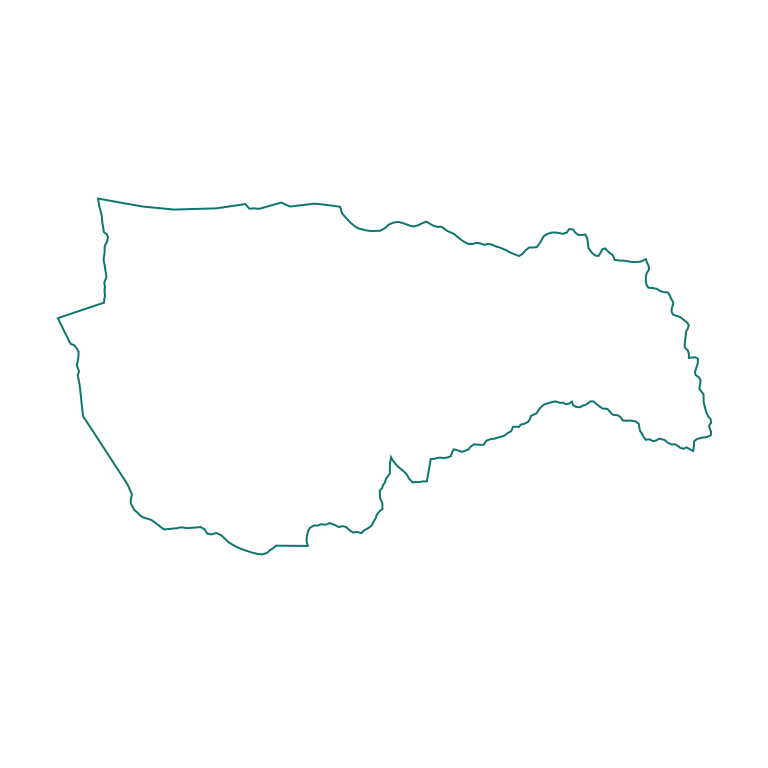 Ibitiara, Bahia, Brazil (orthographic projection), rotated 183°
{"feature_id": "56859067B85729192987981", "entity_name": "Ibitiara", "entity_type": "district", "adm_level": 2, "iso_a3": "BRA", "parent_name": "Brazil", "parent_adm1": "Bahia", "projection": "orthographic", "projection_center": [-42.366, -12.553], "detail": "fine", "context": "isolated", "style": "outline", "palette": "teal", "viewbox_px": 768, "rotation_deg": 183, "n_neighbors": 0, "source": "geoboundaries", "source_scale": "gbopen_adm2", "svg_char_len": 4947}
<svg xmlns="http://www.w3.org/2000/svg" viewBox="0 0 768 768"><g transform="rotate(183 384 384)"><path d="M669.6,489.6L668.9,486.6L667.7,480.9L666.8,476.3L668.7,470.4L667.7,466.3L668.0,463.3L667.7,460.3L667.2,457.5L667.8,454.3L667.8,450.5L671.7,449.1L713.1,432.7L707.2,422.0L705.8,419.4L702.3,413.4L700.4,409.7L698.6,407.5L695.5,406.6L692.6,403.4L690.7,400.1L690.6,396.0L690.8,392.5L691.7,386.7L690.5,383.7L689.2,380.4L690.4,376.8L689.1,372.0L687.9,367.0L687.1,362.3L682.9,336.2L677.8,329.3L672.6,322.2L635.0,270.5L629.9,260.5L630.9,254.8L630.5,251.2L628.5,248.0L626.8,245.1L623.5,242.7L620.4,239.8L617.6,238.2L613.3,237.1L609.1,236.0L605.7,233.8L602.6,231.7L599.3,229.3L596.2,227.3L590.7,228.0L586.5,228.7L583.0,229.1L580.2,230.1L577.4,230.2L573.0,229.7L568.5,230.4L564.2,230.8L559.7,231.6L555.5,229.4L552.6,225.3L548.1,224.8L543.8,226.4L539.0,224.6L535.8,222.1L530.9,217.8L525.5,214.9L520.1,212.5L514.6,210.8L510.5,209.7L506.8,208.7L500.8,207.6L496.8,207.5L492.0,209.1L488.8,212.4L486.3,214.0L483.3,216.9L451.7,218.3L453.1,223.2L453.0,228.3L452.0,233.4L450.5,236.4L446.7,239.0L443.0,239.2L439.6,240.6L435.0,240.4L430.8,242.3L425.4,240.5L421.5,238.7L418.1,239.9L414.4,239.2L412.0,237.2L409.5,235.3L406.9,234.1L403.5,234.8L398.6,234.0L396.1,236.9L392.6,239.0L389.2,241.6L387.3,245.8L385.2,249.7L384.3,253.2L381.9,256.5L379.0,259.3L379.4,264.5L380.6,267.4L382.0,270.0L382.3,273.5L382.6,277.3L380.5,279.8L379.7,283.0L378.1,285.4L376.9,289.7L374.8,292.8L373.4,295.5L373.8,299.8L373.8,305.6L373.1,311.2L371.5,308.5L369.4,306.0L366.1,302.5L362.0,299.5L358.5,296.8L356.0,294.2L354.1,290.9L350.2,287.2L347.4,287.8L344.0,287.8L339.9,288.8L336.1,288.9L333.4,311.5L330.1,311.7L327.4,312.8L323.9,313.5L321.0,313.1L317.3,313.8L313.6,315.3L312.4,319.1L310.9,322.4L307.8,321.8L302.6,320.4L298.9,321.8L296.1,323.2L294.0,326.2L290.9,328.5L285.8,328.3L281.4,328.5L278.7,332.8L274.6,334.5L271.3,335.1L267.9,336.3L264.2,337.5L260.8,338.9L257.9,341.5L254.5,343.5L253.0,348.0L250.0,348.3L247.1,348.1L245.3,350.6L241.6,351.7L238.2,353.7L236.6,356.1L235.5,359.9L230.2,362.6L227.8,366.9L225.4,369.7L223.2,371.8L220.1,373.0L216.4,374.4L211.5,375.6L207.8,374.5L204.2,374.7L201.4,373.3L198.5,373.9L195.4,376.2L194.2,373.0L190.8,371.1L187.3,371.1L184.5,372.7L180.8,374.2L176.8,377.5L173.6,377.5L170.9,375.2L167.9,373.1L164.4,370.9L159.6,370.9L156.6,367.7L153.8,365.2L148.8,365.0L146.0,363.2L143.6,360.1L139.5,360.0L136.0,360.4L131.2,359.9L127.5,357.6L126.7,353.6L125.7,350.2L123.6,347.7L122.3,345.2L119.7,342.0L116.0,342.7L112.7,341.1L109.8,341.6L106.3,343.8L100.9,342.8L98.0,340.5L93.7,338.7L90.3,339.1L87.4,337.6L84.8,335.8L81.4,335.0L78.5,336.6L75.0,334.7L71.7,333.3L71.3,337.5L71.3,343.0L68.7,345.4L65.1,346.6L58.4,348.1L54.9,350.0L54.9,353.4L56.5,356.7L57.2,359.7L55.3,362.4L56.0,366.0L58.7,368.8L60.2,371.6L61.5,375.0L62.6,378.4L63.9,383.0L64.1,386.9L64.4,390.4L66.4,392.8L68.9,395.9L68.3,400.4L68.1,404.2L69.8,407.1L73.3,409.3L74.1,412.4L72.8,417.1L71.7,421.1L71.9,425.8L74.8,427.0L80.9,426.0L81.2,430.3L82.5,433.6L85.6,436.2L85.8,441.3L85.4,444.7L85.2,449.0L85.1,452.2L83.7,454.7L82.6,458.7L85.1,461.7L89.4,464.8L92.1,466.5L95.8,467.5L99.0,468.4L100.5,471.1L100.7,474.2L99.8,477.2L99.3,480.5L101.5,483.8L103.2,487.3L105.3,490.3L108.8,490.3L112.6,491.1L116.6,493.3L120.6,493.9L125.1,494.0L127.2,497.2L127.9,500.9L128.1,504.2L127.6,508.3L125.2,512.4L126.0,516.0L127.8,519.0L129.0,522.4L134.4,519.5L139.3,518.9L143.9,518.9L146.8,519.3L151.0,519.7L156.1,519.6L160.2,520.1L161.3,522.9L162.9,525.2L165.5,526.7L168.0,528.8L170.4,531.0L173.1,529.9L174.8,526.1L176.5,523.1L179.7,523.3L183.2,525.9L186.9,530.4L187.8,535.5L188.7,540.4L190.9,543.8L193.8,543.2L197.5,542.9L200.9,545.1L203.3,548.2L207.3,548.4L209.3,544.8L213.7,543.3L217.4,544.0L221.3,544.3L224.8,543.9L228.5,542.5L232.3,539.8L234.2,536.0L236.0,532.5L238.8,528.6L242.0,528.2L246.1,527.9L249.5,525.1L252.6,521.0L255.9,518.9L259.9,520.2L263.3,521.3L266.0,522.4L269.1,524.1L272.1,525.1L275.9,526.5L279.1,527.1L283.4,528.8L287.3,529.3L291.3,528.2L295.6,529.6L298.9,529.8L303.2,528.4L307.2,528.2L311.8,530.4L315.2,532.5L318.4,534.9L322.0,537.5L325.5,538.9L329.1,540.3L332.2,542.5L335.5,544.2L338.3,543.6L341.9,544.4L344.8,545.5L347.3,546.9L350.4,548.3L354.7,546.3L358.2,544.3L362.6,542.9L366.0,543.3L369.4,544.4L374.4,545.9L378.9,546.6L383.2,545.6L387.6,543.4L390.5,540.3L393.6,538.1L396.2,536.7L399.3,536.6L403.2,536.1L407.3,536.2L411.2,536.7L414.0,537.4L416.9,537.8L420.6,539.4L424.0,541.9L426.7,544.0L428.9,546.3L431.8,549.0L434.9,552.5L436.1,556.0L437.2,558.7L449.3,559.7L462.5,560.5L487.2,556.3L491.1,557.8L496.0,559.8L502.4,557.7L517.7,552.4L523.2,552.6L527.6,552.0L531.9,556.4L560.9,550.6L579.6,549.1L602.5,547.2L606.9,547.4L632.4,548.5L637.1,548.9L679.2,554.2L677.7,546.7L676.6,543.8L675.7,540.4L674.6,536.9L674.2,533.9L673.6,529.7L672.5,525.0L671.7,521.0L668.8,519.1L667.4,516.5L667.9,511.9L669.3,509.3L670.1,506.4L669.9,500.1L670.6,493.7L669.6,489.6Z" fill="none" stroke="#0f766e" stroke-width="2"/></g></svg>